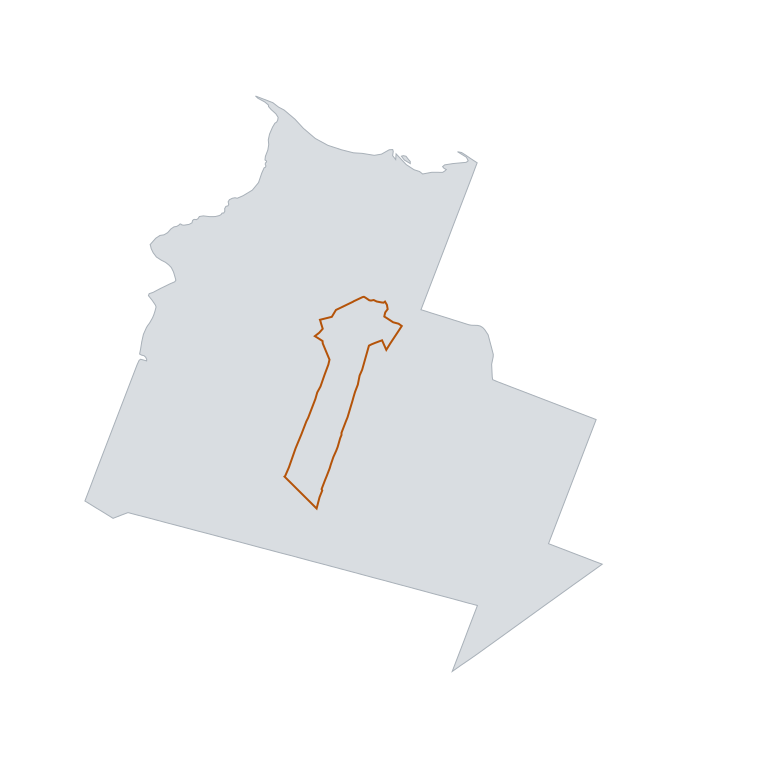 location of Chinguitti, Adrar, Mauritania, rotated 111°
{"feature_id": "47542326B90495786476095", "entity_name": "Chinguitti", "entity_type": "district", "adm_level": 2, "iso_a3": "MRT", "parent_name": "Mauritania", "parent_adm1": "Adrar", "projection": "mercator", "projection_center": [-10.907, 20.124], "detail": "fine", "context": "in_parent", "style": "outline", "palette": "amber", "viewbox_px": 768, "rotation_deg": 111, "n_neighbors": 0, "source": "geoboundaries", "source_scale": "gbopen_adm2", "svg_char_len": 4357}
<svg xmlns="http://www.w3.org/2000/svg" viewBox="0 0 768 768"><g transform="rotate(111 384 384)"><path d="M330.7,649.7L329.8,649.4L325.6,646.4L323.6,642.9L320.2,640.2L315.6,638.5L312.6,636.4L311.2,634.1L309.5,632.6L307.7,631.8L307.5,631.0L307.9,629.9L307.5,627.8L304.8,623.1L302.3,621.0L300.1,621.3L298.9,620.8L298.1,619.7L297.9,618.2L296.4,616.9L293.8,616.4L291.8,612.9L290.2,606.6L288.2,601.6L285.7,598.0L284.0,596.7L282.6,596.5L282.2,595.9L281.8,594.9L279.9,594.5L277.2,595.6L274.8,595.2L273.6,593.5L271.9,593.3L269.8,594.8L267.4,594.4L264.9,592.1L263.5,589.8L263.2,587.6L258.8,583.1L250.2,576.4L240.9,573.3L230.9,573.7L225.2,573.4L224.0,572.3L222.7,572.4L221.5,573.6L220.2,573.9L218.7,573.2L217.9,573.7L217.5,575.4L214.0,576.3L207.2,576.3L201.8,577.4L197.6,579.5L191.7,580.4L184.1,580.1L179.6,579.3L178.0,578.1L175.8,577.8L173.0,578.4L170.5,581.8L168.2,587.8L166.4,591.2L164.9,592.0L163.4,596.5L162.5,603.9L161.2,607.2L161.2,588.6L163.3,581.6L164.0,575.5L168.7,562.0L174.2,550.9L179.4,536.2L181.3,521.9L180.6,507.8L179.1,495.3L176.5,487.0L174.0,475.0L170.3,468.7L163.5,463.1L162.0,459.9L163.6,458.7L167.7,457.8L170.3,453.5L164.8,455.2L171.2,441.9L173.2,432.8L172.9,426.9L174.1,423.2L169.2,415.2L165.4,405.1L163.4,403.6L161.4,402.7L161.2,405.1L160.1,407.2L157.7,405.9L153.5,398.6L147.6,386.7L145.5,385.4L143.8,387.1L142.7,388.6L140.8,398.6L140.1,394.6L141.0,390.0L142.4,384.2L144.1,376.3L149.2,376.3L158.3,376.2L176.6,376.2L185.7,376.2L204.0,376.2L213.1,376.2L231.4,376.1L240.6,376.1L258.8,376.1L268.0,376.1L286.2,376.1L295.4,376.1L301.4,376.1L301.0,370.4L300.8,365.9L300.4,359.8L300.0,353.7L299.6,347.7L299.3,342.0L298.9,336.3L298.6,331.0L298.3,326.1L297.8,323.4L295.8,317.8L295.4,315.0L295.9,312.1L297.2,309.4L300.8,304.4L306.2,300.5L312.4,296.0L317.2,292.6L319.6,291.8L327.0,290.6L332.9,288.0L338.6,285.5L341.0,284.1L341.2,279.4L341.2,173.2L369.5,173.2L376.9,173.2L428.9,173.2L436.3,173.2L474.1,173.2L474.1,168.1L474.1,160.9L474.1,150.9L474.1,140.8L474.1,123.1L474.0,115.7L481.5,120.6L496.5,130.5L504.0,135.5L519.0,145.3L534.0,155.2L549.0,165.0L556.5,169.9L564.0,174.8L571.5,179.7L579.0,184.6L593.9,194.4L600.2,198.5L609.9,205.0L618.8,211.2L627.9,217.3L613.9,217.3L595.3,217.3L582.6,217.4L569.5,217.4L557.3,217.4L558.4,227.4L559.5,238.3L560.6,249.2L561.8,260.0L562.9,270.8L566.3,303.2L567.4,314.0L568.6,324.7L569.7,335.4L570.8,346.1L573.1,367.5L574.2,378.1L575.4,388.8L576.5,399.4L577.6,410.0L578.8,420.5L581.1,441.6L582.2,452.1L583.3,462.6L584.5,473.1L585.6,483.6L586.7,494.1L587.9,504.5L589.0,514.9L591.3,535.8L592.4,546.1L593.5,556.5L594.7,566.9L595.8,576.9L600.5,582.2L606.5,588.8L604.7,598.1L602.7,609.2L600.4,621.3L583.8,621.3L567.6,621.4L527.0,621.4L518.8,621.4L478.2,621.4L470.1,621.4L454.4,621.4L449.7,621.1L448.1,620.1L447.5,613.9L446.1,614.3L444.4,616.1L443.6,618.1L443.9,620.7L443.6,622.9L438.4,623.8L431.3,625.3L423.9,626.4L416.4,626.0L413.9,625.5L411.1,624.7L405.2,623.8L401.9,623.7L398.2,623.9L393.8,624.4L392.4,625.5L389.1,630.2L385.9,635.6L383.8,635.6L381.4,632.6L375.0,627.0L367.2,619.7L363.6,616.0L361.7,615.5L358.0,618.2L354.8,620.7L351.5,624.3L349.9,627.7L348.7,631.7L348.2,636.5L347.0,642.0L344.2,646.5L341.0,649.9L338.6,651.5L337.7,652.3L330.7,649.7ZM167.6,445.3L165.1,449.4L163.9,447.8L163.5,445.1L165.8,441.3L166.8,439.3L168.8,438.5L167.6,445.3Z" fill="#d9dde1" stroke="#a8b0b8" stroke-width="1"/><path d="M347.0,466.8L348.3,465.7L350.1,464.4L354.4,461.0L358.2,462.4L359.3,462.8L364.1,465.7L365.9,456.8L368.1,455.7L380.8,443.6L385.8,442.9L396.4,442.8L409.1,442.4L415.8,443.3L422.5,442.7L442.7,442.7L446.8,443.1L460.9,443.1L475.6,443.5L495.9,442.9L505.3,443.3L506.1,443.7L524.4,402.3L512.8,403.6L505.5,403.5L504.5,404.6L494.5,404.6L490.0,404.5L482.1,404.5L478.3,404.8L470.3,405.1L463.4,404.7L459.3,404.7L450.3,405.5L446.9,405.4L444.8,406.2L435.5,406.2L432.4,406.2L428.2,406.1L421.7,406.6L411.0,407.4L406.9,407.8L401.7,408.2L393.8,408.2L393.5,408.3L384.8,409.8L378.6,409.5L353.6,411.8L351.4,409.8L348.6,406.8L343.9,401.5L351.3,394.1L343.9,392.7L330.0,389.6L323.5,388.2L322.5,392.0L323.1,397.6L321.6,404.4L320.9,407.9L319.2,408.2L316.7,408.5L312.8,407.4L309.1,409.6L306.7,412.6L308.2,413.5L308.7,415.3L309.0,417.0L309.6,420.4L309.3,423.7L310.8,426.1L311.1,427.8L310.5,430.3L310.0,432.4L309.8,434.0L310.6,435.2L317.8,442.1L318.3,442.4L332.1,455.4L340.0,456.8L347.0,466.8Z" fill="none" stroke="#b45309" stroke-width="2"/></g></svg>